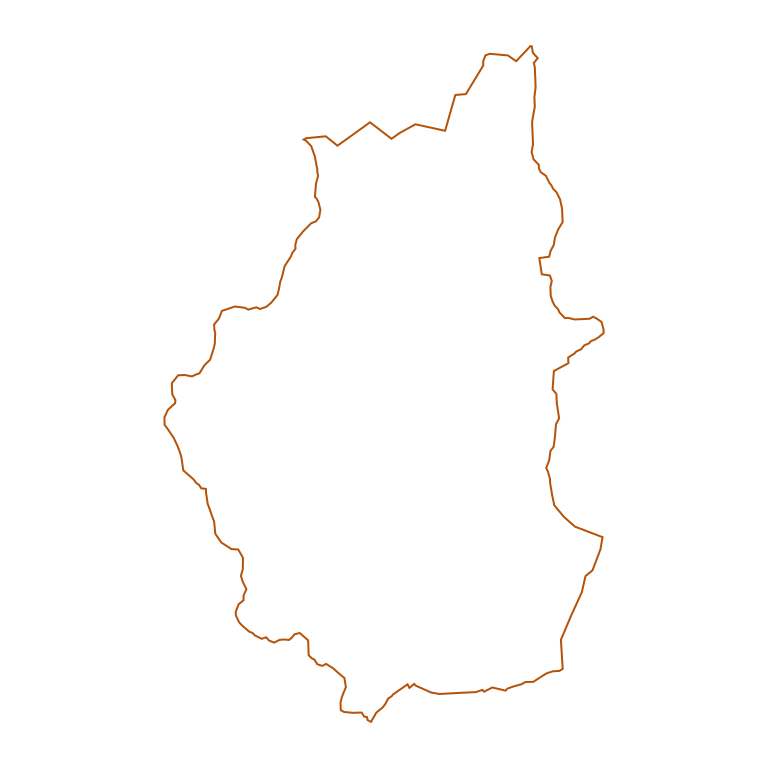 the district of Qua'An Pan, Plateau, Nigeria
{"feature_id": "59680162B7635361694273", "entity_name": "Qua'An Pan", "entity_type": "district", "adm_level": 2, "iso_a3": "NGA", "parent_name": "Nigeria", "parent_adm1": "Plateau", "projection": "robinson", "projection_center": [9.159, 8.775], "detail": "fine", "context": "isolated", "style": "outline", "palette": "amber", "viewbox_px": 768, "rotation_deg": 0, "n_neighbors": 0, "source": "geoboundaries", "source_scale": "gbopen_adm2", "svg_char_len": 3828}
<svg xmlns="http://www.w3.org/2000/svg" viewBox="0 0 768 768"><path d="M253.8,634.3L254.9,635.4L261.7,638.8L266.1,637.3L269.0,640.5L274.0,642.6L278.3,640.5L279.9,639.8L284.9,639.5L288.9,640.0L291.8,637.7L294.5,634.3L299.7,633.0L303.8,636.5L308.1,640.3L308.4,647.8L308.7,655.3L312.1,658.6L314.3,659.5L317.4,664.3L322.4,665.9L326.1,663.9L328.8,665.6L333.1,668.3L339.2,673.7L344.4,678.0L345.0,681.7L345.9,687.2L343.4,693.1L341.9,697.0L340.5,702.7L340.8,710.2L344.1,712.0L352.9,712.8L359.0,712.6L361.7,712.6L364.2,716.6L366.9,717.0L367.7,720.2L371.0,721.9L374.8,715.3L376.4,712.5L382.6,707.5L385.2,704.2L388.3,698.4L391.5,696.4L393.1,694.4L399.4,690.0L407.6,684.3L409.4,687.9L409.7,687.7L414.2,683.9L415.9,685.7L431.1,692.5L439.5,694.0L442.8,693.8L457.7,693.0L467.6,692.5L475.8,692.1L482.4,689.9L484.1,691.7L486.2,690.6L487.6,689.9L492.2,687.5L496.1,688.4L505.6,690.6L507.2,688.7L513.7,686.4L519.4,684.8L521.9,684.1L525.1,682.1L533.4,681.8L539.8,677.6L545.3,674.1L546.3,673.5L547.4,673.1L552.8,671.3L559.4,670.9L562.7,668.9L560.9,639.8L571.5,614.8L581.8,592.3L585.5,576.1L592.5,570.3L600.4,549.5L602.6,537.2L574.9,526.6L564.0,517.0L558.8,510.7L554.3,505.3L552.3,496.0L552.0,494.2L550.1,482.9L550.0,479.1L548.0,471.7L546.2,468.0L549.2,460.3L550.5,450.8L553.6,446.9L554.9,437.4L556.0,424.1L559.1,418.3L556.8,403.3L556.6,399.6L556.4,393.9L552.6,389.4L553.0,383.8L553.9,371.0L558.3,368.6L568.4,363.2L568.2,357.5L574.6,353.4L576.2,351.5L581.1,349.3L584.2,345.4L589.1,343.3L590.7,341.3L595.6,339.2L598.8,337.1L603.6,333.1L603.5,329.3L601.5,321.9L596.4,318.4L593.0,316.7L589.8,318.7L583.2,319.1L579.9,319.2L574.9,319.5L568.2,317.9L564.9,318.1L561.5,314.5L559.7,312.7L557.9,309.0L554.5,305.4L552.7,301.7L550.8,296.2L550.6,292.4L550.4,286.8L551.8,281.0L549.9,275.5L541.8,274.3L539.3,258.1L549.2,256.7L550.6,250.9L553.7,245.1L555.0,237.5L558.0,229.8L560.6,225.4L562.7,222.0L562.4,216.4L562.1,208.9L560.1,199.5L556.5,192.2L553.0,188.6L551.2,184.9L549.5,183.1L545.9,175.8L540.8,172.2L538.9,168.6L538.8,164.8L537.1,163.0L533.6,159.4L531.6,152.0L533.0,144.4L532.7,136.8L532.4,129.3L532.2,125.5L532.1,121.8L533.4,114.2L534.2,109.9L534.8,106.6L534.6,102.8L534.4,97.1L535.6,87.7L535.3,78.2L535.0,72.6L534.8,67.0L533.8,63.1L537.7,58.1L532.9,52.8L531.8,46.4L530.4,46.1L516.2,61.2L507.9,55.4L489.7,53.8L485.5,55.3L483.2,61.2L483.2,65.6L465.9,94.1L455.4,95.0L455.2,95.4L445.1,130.8L415.4,124.3L399.8,132.9L391.5,138.8L370.0,122.3L337.5,145.7L325.8,136.3L306.2,138.2L303.8,139.6L306.0,140.7L309.0,143.8L311.2,146.1L314.8,156.2L316.6,166.1L317.2,168.4L317.3,171.9L318.1,175.8L316.0,183.6L314.9,196.8L316.6,198.6L318.5,202.3L320.4,209.8L319.1,217.4L315.9,221.3L311.0,223.4L303.1,231.4L296.8,239.2L295.3,245.0L295.5,248.7L292.4,252.7L290.9,256.5L284.6,266.2L281.8,277.7L280.3,281.5L278.9,289.2L277.5,294.9L272.8,300.8L271.2,302.7L266.4,306.8L259.9,309.0L256.5,307.3L253.8,308.0L248.3,309.6L244.9,307.8L234.9,306.5L228.4,308.7L221.9,310.9L220.4,314.7L218.9,318.6L214.1,324.5L214.4,330.1L215.2,332.7L215.1,335.6L214.8,343.8L213.5,349.0L210.1,359.7L204.3,365.4L199.4,373.4L196.3,374.4L191.9,376.4L187.8,375.6L184.7,375.0L178.1,375.3L174.7,379.6L171.8,383.2L172.3,394.5L175.4,400.1L175.1,403.2L172.0,406.0L170.8,407.1L167.9,409.8L164.4,417.5L164.6,424.8L168.6,430.3L173.8,438.0L177.9,446.9L180.5,454.0L181.5,458.1L183.3,470.4L188.1,474.6L188.4,474.8L189.8,476.1L193.4,479.2L196.4,483.1L199.0,484.8L201.2,488.3L205.9,488.9L206.1,493.5L206.6,496.4L207.2,500.3L207.6,503.6L209.6,509.0L212.0,515.9L214.1,521.4L215.3,533.8L221.4,542.6L226.5,545.9L231.5,549.1L238.2,549.5L240.5,553.4L243.0,557.9L242.8,569.1L240.9,575.9L242.1,579.7L242.8,581.9L245.5,587.3L246.4,589.2L245.3,591.7L243.6,595.4L243.5,600.3L238.7,604.2L235.7,611.9L235.9,615.6L239.2,622.4L242.2,625.6L247.2,629.9L249.2,631.6L252.7,633.1L253.8,634.3Z" fill="none" stroke="#b45309" stroke-width="2"/></svg>